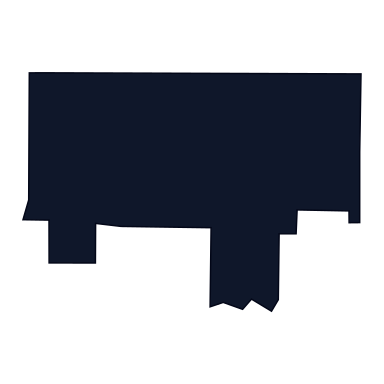 Forest, Pennsylvania, United States of America
{"feature_id": "52423323B60692344141753", "entity_name": "Forest", "entity_type": "district", "adm_level": 2, "iso_a3": "USA", "parent_name": "United States of America", "parent_adm1": "Pennsylvania", "projection": "orthographic", "projection_center": [-79.21, 41.475], "detail": "fine", "context": "isolated", "style": "filled", "palette": "ink", "viewbox_px": 384, "rotation_deg": 0, "n_neighbors": 0, "source": "geoboundaries", "source_scale": "gbopen_adm2", "svg_char_len": 420}
<svg xmlns="http://www.w3.org/2000/svg" viewBox="0 0 384 384"><path d="M361.0,73.9L40.4,72.8L29.3,72.9L28.7,200.0L23.0,219.7L49.0,220.1L49.1,262.9L95.4,263.0L95.6,223.4L121.1,226.4L211.1,227.7L210.1,306.8L223.2,302.4L242.6,309.3L251.5,299.1L271.5,311.2L278.3,299.7L279.1,233.8L296.1,233.8L297.1,209.9L349.0,210.9L349.1,222.7L359.7,222.6L359.7,152.0L361.0,73.9Z" fill="#0f172a" stroke="#020617" stroke-width="1.5"/></svg>